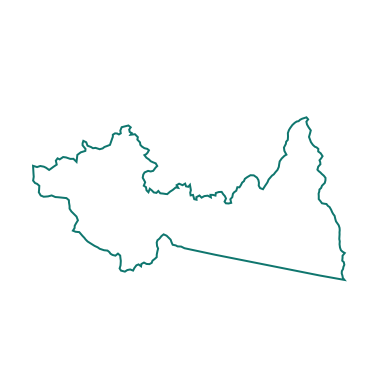 Diorama, Goiás, Brazil, rotated 6°
{"feature_id": "56859067B93328586623041", "entity_name": "Diorama", "entity_type": "district", "adm_level": 2, "iso_a3": "BRA", "parent_name": "Brazil", "parent_adm1": "Goiás", "projection": "orthographic", "projection_center": [-51.364, -16.2], "detail": "fine", "context": "isolated", "style": "outline", "palette": "teal", "viewbox_px": 384, "rotation_deg": 6, "n_neighbors": 0, "source": "geoboundaries", "source_scale": "gbopen_adm2", "svg_char_len": 4154}
<svg xmlns="http://www.w3.org/2000/svg" viewBox="0 0 384 384"><g transform="rotate(6 192 192)"><path d="M149.1,271.2L149.2,268.9L151.6,267.2L154.3,268.3L157.2,268.2L159.3,266.7L159.9,264.4L161.9,262.5L163.7,260.5L163.5,258.0L163.8,254.5L164.2,251.8L162.9,249.4L162.2,245.9L162.7,243.6L164.5,241.8L166.2,239.1L168.2,237.1L171.3,238.1L173.3,239.7L175.7,241.6L177.0,244.3L178.3,246.5L181.4,246.8L183.3,247.6L186.9,247.4L190.4,248.7L221.7,252.0L274.4,256.8L327.9,261.7L352.8,263.5L351.0,261.7L350.4,259.6L349.4,257.3L349.3,255.0L350.3,252.7L350.4,250.7L351.1,248.5L350.3,245.9L348.6,244.6L348.6,241.8L348.4,239.6L350.3,236.7L347.9,235.6L346.2,234.3L345.0,231.8L344.2,228.5L344.1,225.6L343.4,223.4L343.3,221.3L343.2,218.8L342.9,216.6L342.9,214.6L342.5,212.3L341.4,209.8L339.7,207.8L338.3,206.2L337.4,204.0L336.3,200.8L334.7,199.1L333.5,197.4L332.2,195.1L330.4,192.6L328.6,191.6L327.0,189.9L324.5,189.8L322.4,189.6L320.9,187.9L318.8,185.8L318.5,182.8L318.1,180.4L318.5,178.2L318.5,176.2L320.0,174.5L320.6,172.2L323.1,169.1L323.5,166.5L323.3,164.0L321.4,162.0L319.1,160.4L317.6,159.1L315.8,158.0L314.4,156.7L314.9,153.6L316.8,151.0L316.4,148.9L315.5,147.1L316.9,145.1L318.1,142.7L315.9,140.0L313.3,138.5L313.1,135.9L311.2,134.6L309.4,134.1L307.3,132.5L305.1,130.0L303.9,127.6L302.6,125.0L303.2,121.6L303.7,118.3L301.3,115.6L299.3,112.8L298.4,110.1L299.9,107.6L298.0,105.8L293.9,107.6L291.9,108.9L290.6,110.4L288.7,111.0L286.9,112.5L284.8,114.9L282.8,118.4L281.9,120.4L281.2,123.4L281.7,126.9L281.8,130.2L280.4,132.1L280.3,134.4L278.8,138.2L279.6,141.5L282.0,145.0L280.2,146.3L277.7,149.3L276.0,152.4L275.8,155.3L275.7,158.0L274.7,161.1L272.9,163.6L271.5,165.9L269.8,167.4L266.9,171.6L266.0,174.6L263.9,178.5L262.3,181.8L259.3,181.0L257.7,178.7L257.6,175.8L256.8,173.2L255.1,170.9L251.7,169.0L248.4,169.2L245.3,171.5L243.2,173.4L242.5,175.8L240.9,177.4L239.8,180.3L238.7,182.4L236.6,182.5L235.9,186.1L233.9,187.9L232.9,189.5L232.6,192.9L230.9,195.2L232.1,198.7L229.6,199.6L226.9,199.7L225.4,198.2L226.5,194.9L225.0,192.5L223.4,191.1L221.5,188.8L218.7,189.2L215.8,190.5L215.7,193.1L213.2,192.7L210.7,192.9L211.3,195.3L208.0,194.0L204.7,194.8L202.1,196.6L199.8,194.7L196.9,196.7L197.3,199.2L195.0,198.9L193.3,194.8L191.0,195.5L190.3,192.9L190.7,190.3L189.2,185.1L187.8,187.2L185.5,187.0L184.3,184.4L181.9,186.2L178.3,185.1L176.0,186.8L177.8,189.3L175.4,189.1L172.7,191.9L170.1,194.0L167.6,196.7L165.7,196.7L163.5,196.6L160.6,196.6L158.4,194.5L156.7,196.6L154.0,196.4L152.0,194.7L149.7,193.2L148.7,196.8L146.6,195.1L145.7,192.0L143.4,190.8L144.4,187.2L143.0,185.1L141.5,183.0L141.7,179.8L142.8,177.5L146.1,175.6L148.8,175.9L151.2,175.0L153.2,171.6L154.7,169.8L152.9,167.3L150.0,166.5L147.7,165.7L145.9,164.2L143.0,162.6L140.8,160.3L142.6,159.1L143.8,157.4L144.8,155.0L143.0,153.8L140.1,153.4L137.4,152.0L135.7,150.5L135.1,148.1L132.2,145.6L132.4,143.1L129.2,140.5L124.9,141.5L125.9,139.7L123.8,138.8L123.0,136.5L124.3,134.1L121.8,132.5L115.3,134.9L114.3,138.4L115.0,141.1L113.3,142.4L111.3,141.6L109.2,141.8L107.3,143.3L107.5,145.4L107.0,147.3L105.5,153.7L103.6,154.7L100.2,156.4L98.6,158.0L95.7,159.1L91.5,158.2L88.9,158.8L86.8,157.8L83.3,156.9L81.6,153.6L78.6,152.5L78.1,155.0L78.3,157.0L81.6,160.3L81.6,162.3L77.2,164.2L74.1,167.1L74.0,174.1L70.6,171.4L67.5,171.8L63.2,170.8L60.2,170.7L57.0,173.4L54.8,172.6L53.3,175.1L54.6,178.9L51.6,181.4L49.1,183.7L47.6,185.0L44.2,183.1L42.0,182.3L38.4,182.0L35.3,183.4L31.2,182.6L32.4,190.0L33.0,193.4L32.8,197.3L35.0,199.5L37.1,200.1L39.5,201.8L39.7,205.9L39.7,208.3L41.9,211.3L45.0,212.2L47.3,211.8L49.3,211.4L52.8,210.1L56.6,211.3L59.4,211.2L62.8,211.2L67.8,211.2L70.4,213.0L70.8,215.5L71.7,218.7L72.0,221.4L74.0,223.9L79.7,228.5L81.5,232.1L80.1,235.0L78.9,237.8L79.0,240.1L77.6,242.9L80.3,243.7L84.1,243.7L87.7,247.1L89.7,248.8L91.1,250.3L93.3,252.1L95.7,253.3L100.8,255.8L104.0,256.9L106.1,258.1L110.6,259.1L114.1,259.1L116.1,260.4L117.4,261.9L119.5,262.9L122.5,263.3L124.8,261.0L127.2,262.7L127.8,265.5L128.4,267.9L128.5,270.0L128.6,272.5L128.0,275.6L129.6,277.6L133.6,278.2L135.8,276.4L138.6,275.5L141.6,276.3L142.7,273.5L144.4,270.7L146.4,269.6L149.1,271.2Z" fill="none" stroke="#0f766e" stroke-width="2"/></g></svg>